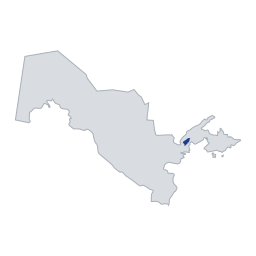 location of Akkurgan, Tashkent, Uzbekistan
{"feature_id": "79887680B10165721529704", "entity_name": "Akkurgan", "entity_type": "district", "adm_level": 2, "iso_a3": "UZB", "parent_name": "Uzbekistan", "parent_adm1": "Tashkent", "projection": "albers", "projection_center": [69.03, 40.803], "detail": "fine", "context": "in_parent", "style": "filled", "palette": "blue", "viewbox_px": 256, "rotation_deg": 0, "n_neighbors": 0, "source": "geoboundaries", "source_scale": "gbopen_adm2", "svg_char_len": 4563}
<svg xmlns="http://www.w3.org/2000/svg" viewBox="0 0 256 256"><path d="M208.1,117.6L212.2,115.5L214.6,116.8L214.8,117.5L212.3,119.1L210.0,120.0L209.4,121.9L207.1,122.7L204.9,125.4L201.3,128.1L201.3,128.7L201.6,129.1L202.8,129.4L205.2,130.9L207.5,130.0L208.0,130.2L208.6,131.0L209.3,133.4L210.4,134.1L213.7,135.2L216.2,135.2L217.4,135.7L217.6,135.4L217.7,131.8L218.7,132.4L219.8,131.9L220.2,130.1L220.0,128.9L220.8,128.3L221.2,128.7L221.3,129.8L222.5,130.4L223.4,132.2L223.8,134.2L226.1,134.7L226.9,134.3L227.5,134.5L227.9,137.0L228.3,137.2L230.3,136.6L232.2,137.7L234.3,139.5L236.6,139.6L237.0,139.9L238.7,139.5L240.6,140.0L240.6,140.3L240.3,140.7L236.0,143.3L234.8,145.0L233.8,145.6L231.1,144.8L230.7,145.8L231.2,146.8L230.6,147.9L229.2,147.5L228.9,147.0L227.6,147.3L226.0,149.1L225.3,150.6L223.9,151.0L221.9,152.5L221.0,151.4L219.5,151.6L217.6,150.5L216.6,150.3L208.0,152.0L207.3,151.8L206.3,149.9L204.1,148.9L204.2,147.9L208.6,143.8L209.1,142.6L207.6,141.9L207.8,140.8L204.9,137.7L204.4,137.5L204.0,137.6L203.0,140.0L195.3,144.2L194.2,143.8L192.5,142.3L191.4,141.8L190.0,143.1L190.0,144.6L188.6,145.8L189.9,150.0L189.8,150.5L188.8,150.7L189.5,152.3L188.9,152.5L185.2,151.8L180.9,152.8L181.0,153.5L184.9,153.4L185.4,153.6L185.5,154.2L185.3,154.5L183.2,154.9L183.0,155.5L184.1,157.4L183.6,157.8L182.9,157.4L182.3,158.6L181.0,158.5L180.3,162.1L179.2,163.4L177.7,164.0L168.6,162.2L166.2,163.3L164.6,164.9L163.5,168.8L163.6,169.2L167.5,170.8L168.1,173.2L172.9,173.4L173.7,173.8L174.0,174.4L174.3,175.1L172.8,178.9L173.3,182.4L174.1,184.0L176.9,187.0L176.8,188.6L176.1,190.1L175.3,191.4L174.4,191.9L173.2,193.5L172.1,195.5L170.1,198.1L169.4,199.6L169.1,203.8L168.5,205.1L168.4,204.6L167.7,204.1L165.6,203.9L165.2,203.4L162.4,204.3L160.7,203.8L158.9,202.0L155.6,201.3L151.3,201.6L151.3,197.2L151.6,194.0L153.1,191.5L153.1,191.0L152.4,190.1L149.9,189.3L146.9,187.2L144.2,185.7L142.6,185.2L140.8,185.9L139.3,185.6L132.1,180.1L126.1,176.0L122.1,171.9L120.0,172.2L114.8,168.3L111.6,164.3L100.6,155.1L98.5,152.9L98.1,151.8L97.6,146.6L96.7,144.1L95.4,142.7L94.3,140.1L93.0,133.9L92.4,132.8L89.2,130.0L87.3,129.2L85.8,129.5L85.0,130.4L83.8,130.4L79.0,128.9L73.6,128.9L69.1,125.3L68.9,124.8L69.0,123.9L70.1,122.0L70.0,121.0L69.5,120.0L69.6,119.0L70.1,118.5L70.9,118.7L71.3,118.4L71.2,117.8L70.2,116.5L68.2,115.1L68.7,114.3L69.0,112.4L69.4,111.4L69.2,111.0L67.7,109.4L62.5,108.7L61.3,108.2L60.4,107.5L59.6,105.2L59.2,104.6L55.6,103.4L52.4,99.1L51.5,100.7L50.7,101.0L48.0,100.2L46.5,101.1L49.4,105.3L50.0,106.6L49.9,107.3L48.9,107.3L48.3,105.3L47.7,104.7L44.6,103.3L43.4,104.4L42.9,105.8L41.2,108.1L39.5,108.4L35.6,108.0L34.3,108.4L33.4,109.0L31.6,111.0L29.5,112.5L29.2,119.6L30.3,121.5L28.8,122.8L15.4,119.9L24.9,56.4L44.1,53.1L57.7,50.9L85.9,74.3L86.5,75.2L86.8,76.9L87.4,78.4L96.9,91.1L112.5,89.8L128.1,92.1L134.0,89.5L138.4,94.9L141.2,96.9L144.9,104.6L148.7,102.8L147.8,111.8L147.3,114.6L147.0,120.0L153.3,120.4L154.4,129.2L155.7,134.7L157.1,135.4L169.2,134.8L170.1,135.3L171.9,134.7L172.9,136.5L174.2,137.7L173.3,141.5L174.7,143.1L178.1,144.9L180.2,144.8L180.6,144.2L180.5,143.3L180.0,142.3L180.0,141.2L180.4,140.4L182.4,137.5L185.7,134.7L186.4,133.6L186.7,131.8L187.9,130.8L190.7,129.7L191.1,128.8L194.6,126.5L198.4,125.0L200.2,123.8L201.8,121.6L204.3,119.2L205.2,119.2L205.9,119.9L206.5,119.9L208.1,117.6ZM207.7,139.2L207.2,138.0L206.6,137.6L206.3,137.8L207.3,139.2L207.7,139.2ZM215.5,157.3L212.9,157.3L213.3,155.6L212.3,154.8L212.1,153.9L212.3,153.1L212.9,152.8L213.7,154.0L215.7,154.5L215.1,155.7L215.6,157.0L215.5,157.3ZM223.3,155.2L222.8,156.8L221.7,156.2L221.8,155.8L223.3,155.2Z" fill="#d9dde1" stroke="#a8b0b8" stroke-width="1"/><path d="M187.6,139.4L187.3,139.7L186.9,140.0L186.6,140.3L186.4,140.5L186.2,140.6L185.9,140.7L185.8,140.8L185.7,140.9L185.7,141.0L185.3,141.1L185.2,141.1L185.0,141.3L184.9,141.5L184.7,141.8L184.3,141.9L184.1,141.9L184.0,142.0L183.9,142.1L183.7,142.3L183.8,142.4L184.0,142.4L184.1,142.5L184.3,142.7L184.3,142.9L184.3,143.0L184.4,143.4L184.5,143.4L184.5,143.5L184.8,143.7L185.0,143.7L185.1,143.8L185.3,144.0L185.3,144.5L185.5,144.3L185.7,143.9L186.4,143.6L186.5,143.3L186.0,143.2L185.9,142.9L186.1,142.8L186.4,142.9L186.7,142.8L186.4,142.7L186.1,142.6L186.1,142.0L186.2,141.8L186.5,141.8L186.5,141.5L187.0,141.2L187.5,141.3L187.9,141.0L188.1,141.3L188.5,141.2L188.6,140.7L188.2,140.4L188.1,140.1L188.2,139.9L188.7,139.9L188.7,139.7L188.7,139.4L188.9,139.4L188.9,139.5L188.8,139.3L188.8,139.2L189.0,139.1L189.1,138.9L188.8,138.9L188.6,138.9L188.4,138.9L188.1,139.1L187.6,139.4Z" fill="#3b82f6" stroke="#1e3a8a" stroke-width="1.5"/></svg>